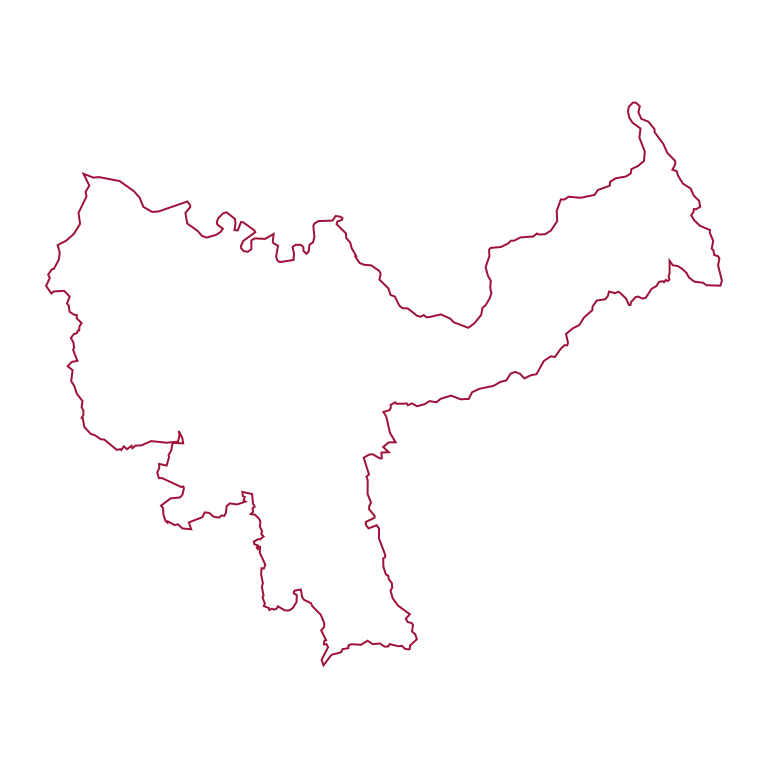 Kyaukse, Mandalay, Myanmar
{"feature_id": "60261553B75007894173024", "entity_name": "Kyaukse", "entity_type": "district", "adm_level": 2, "iso_a3": "MMR", "parent_name": "Myanmar", "parent_adm1": "Mandalay", "projection": "mercator", "projection_center": [96.313, 21.579], "detail": "fine", "context": "isolated", "style": "outline", "palette": "rose", "viewbox_px": 768, "rotation_deg": 0, "n_neighbors": 0, "source": "geoboundaries", "source_scale": "gbopen_adm2", "svg_char_len": 6073}
<svg xmlns="http://www.w3.org/2000/svg" viewBox="0 0 768 768"><path d="M323.5,665.3L331.5,654.8L341.0,652.3L342.6,649.1L348.4,648.2L348.4,645.4L351.4,644.2L361.0,644.8L367.5,640.7L372.8,644.1L380.0,643.5L384.4,646.6L388.1,646.5L389.7,644.1L398.1,646.2L402.1,645.9L404.9,648.8L408.2,649.4L409.7,649.1L410.1,645.5L416.9,639.2L415.2,634.3L412.0,631.5L413.0,625.0L411.8,623.1L407.6,622.0L405.8,618.7L409.8,614.2L398.1,605.7L392.7,598.3L390.5,590.5L392.2,587.8L391.9,583.3L388.8,579.1L388.2,575.7L385.9,574.5L383.4,566.8L383.2,558.4L385.1,557.1L385.3,555.2L378.9,538.2L379.1,528.6L376.7,525.3L368.5,528.4L365.8,524.8L365.8,521.9L374.5,517.8L374.7,516.0L369.1,509.2L369.2,506.2L371.0,502.5L367.6,494.1L367.7,480.2L366.5,476.6L369.0,474.5L363.7,457.7L368.9,454.7L372.6,454.2L380.1,458.5L381.8,458.2L381.4,452.6L388.8,452.2L383.2,447.0L388.7,442.4L395.6,442.3L389.9,432.7L386.3,416.6L383.4,412.0L389.4,410.2L390.8,407.9L390.6,404.9L395.3,402.3L396.6,403.8L406.9,403.6L407.9,405.2L412.0,403.4L417.0,406.2L424.3,404.3L429.6,401.1L436.4,402.3L440.6,398.8L451.0,395.6L460.6,399.3L468.8,398.9L472.0,392.3L479.0,388.9L493.6,385.8L500.4,381.9L506.4,380.4L510.6,373.6L515.2,371.9L520.0,373.8L524.4,378.4L530.6,375.3L536.5,374.2L543.9,360.9L550.9,356.3L554.9,357.0L560.8,348.7L564.5,345.2L567.3,345.3L568.0,342.8L566.0,334.0L572.6,328.5L579.3,325.0L584.1,317.4L592.4,310.1L592.6,306.5L596.7,300.6L605.3,299.2L607.9,295.9L609.0,291.6L615.1,293.2L618.1,291.8L619.8,292.6L626.1,298.6L628.9,305.0L630.5,305.0L631.0,302.1L635.8,297.0L638.2,296.6L642.5,298.6L645.7,297.9L651.6,288.8L656.5,286.0L659.1,281.9L662.8,281.2L664.0,282.3L665.8,279.9L667.6,281.1L669.4,279.6L668.6,275.9L669.6,273.5L669.6,260.8L672.8,265.3L677.6,266.0L682.1,268.8L686.6,273.0L688.9,277.4L694.4,281.7L702.9,282.7L706.6,285.2L720.3,285.7L721.9,280.8L718.1,265.3L719.4,258.2L717.9,256.1L714.3,255.1L713.5,250.4L711.7,248.8L713.2,240.9L709.7,232.5L710.0,230.0L700.1,225.9L694.2,220.3L691.2,215.2L693.2,212.5L693.9,209.0L696.0,209.3L700.3,206.7L699.0,200.7L693.8,195.7L690.7,188.6L682.8,183.5L678.0,175.6L676.7,171.2L672.4,169.7L675.3,164.3L675.2,161.0L667.3,152.9L663.2,143.7L654.6,132.2L654.5,129.1L648.4,121.7L641.3,118.8L638.4,112.2L639.8,106.3L636.0,102.7L632.8,102.7L628.9,106.7L628.0,111.1L629.2,117.6L632.6,122.8L640.5,128.5L639.4,137.7L644.8,151.5L644.0,160.9L638.0,166.0L631.5,169.0L630.7,173.5L625.9,176.5L615.7,178.3L610.1,181.8L609.8,185.7L597.8,190.0L594.6,194.9L580.6,197.8L568.5,196.7L564.5,199.5L560.9,199.4L556.7,210.9L557.2,221.1L550.9,230.6L545.2,234.2L538.8,234.5L537.0,233.5L533.3,236.5L520.5,237.4L514.1,240.7L511.0,240.7L507.9,243.6L501.0,247.0L490.7,247.9L489.1,249.7L489.4,256.1L485.6,267.2L487.9,275.7L490.8,280.9L490.2,287.7L491.4,293.0L489.4,298.9L485.4,305.5L482.5,307.8L481.2,314.9L474.4,323.3L468.3,327.8L453.8,322.3L450.2,318.6L440.8,314.4L429.8,317.0L426.5,317.3L423.7,315.1L420.7,316.7L417.3,315.9L407.7,308.4L402.6,308.2L399.4,305.7L394.8,296.5L390.6,295.0L388.4,288.4L379.4,279.6L380.7,273.6L379.2,270.9L371.3,265.4L364.3,264.8L359.6,263.0L355.2,256.4L356.2,256.1L351.7,248.2L350.2,242.5L346.2,237.9L345.9,233.3L336.6,224.2L337.3,221.6L342.0,219.8L342.5,218.1L340.7,216.8L335.7,216.0L332.5,220.6L318.3,221.1L314.6,223.5L313.3,225.7L314.4,236.8L313.1,242.3L309.5,244.7L308.7,251.4L306.6,253.8L303.5,251.1L303.3,247.0L300.8,244.8L295.8,244.8L292.6,246.9L294.0,253.9L293.5,260.0L279.7,262.1L277.4,260.5L276.1,256.8L278.0,245.7L273.3,243.1L272.8,241.6L273.6,234.0L265.1,238.9L254.8,238.4L252.2,239.8L251.3,240.6L251.4,249.2L247.7,251.8L243.6,251.1L241.2,248.3L241.0,245.9L243.4,240.8L255.3,232.2L254.4,230.4L243.3,222.4L241.0,222.0L237.8,230.4L234.5,230.1L235.5,223.2L234.9,218.9L226.6,212.3L223.1,213.3L218.2,218.3L216.8,222.0L217.4,224.6L222.8,228.7L220.9,231.7L216.2,234.8L206.7,237.6L202.0,235.9L197.5,230.8L187.2,223.5L185.4,212.9L190.2,207.2L190.1,205.2L187.4,201.5L158.4,211.5L152.0,211.9L143.3,206.8L139.6,197.6L133.9,191.2L119.7,181.1L99.2,177.1L93.4,177.6L83.5,173.8L89.3,185.6L85.6,191.8L86.5,196.5L78.5,212.9L80.1,223.8L73.9,233.9L66.3,240.6L57.7,245.1L59.7,252.5L58.9,259.5L53.9,268.8L51.9,269.3L48.2,274.6L49.8,278.0L46.1,285.9L51.4,293.5L53.7,291.5L64.1,290.8L69.7,296.6L67.0,303.5L68.7,305.5L69.6,311.8L74.1,314.7L76.9,315.1L76.6,318.2L81.6,323.1L79.5,326.2L79.2,330.5L77.7,330.7L76.9,333.1L73.8,334.1L70.9,338.0L73.4,342.5L74.1,347.6L73.1,349.8L77.4,360.9L71.8,361.9L67.7,366.2L72.6,370.2L71.2,381.1L74.2,385.8L76.8,393.6L82.5,401.1L81.6,407.1L83.4,410.8L83.4,415.0L81.7,417.9L82.7,418.1L84.4,427.1L90.8,434.0L94.8,435.2L100.9,439.3L104.2,439.5L116.7,449.8L120.5,449.2L121.3,450.1L123.8,446.4L127.0,449.2L131.5,445.8L132.4,448.2L135.5,445.6L141.3,445.4L151.1,441.1L166.5,442.7L178.0,441.7L179.5,435.3L178.7,431.0L182.3,437.9L183.2,443.4L173.5,442.9L172.2,444.4L171.3,450.3L168.6,454.9L169.0,457.2L166.6,465.6L159.1,463.9L159.3,468.0L157.2,472.5L158.9,478.1L162.1,478.1L181.1,487.0L183.3,486.5L183.9,488.3L182.5,494.6L180.1,497.4L170.7,498.4L161.0,505.6L163.1,508.1L163.4,514.5L165.5,521.0L167.5,522.7L167.8,521.4L174.7,525.1L177.9,524.3L182.3,528.4L191.2,529.3L188.9,522.4L202.3,517.2L204.7,512.4L209.2,512.9L213.6,516.7L219.0,517.6L221.8,515.4L224.3,515.9L225.9,512.9L226.6,506.2L229.7,503.4L237.1,504.4L245.5,501.6L243.6,500.5L244.8,497.1L242.8,495.9L242.4,491.9L252.1,494.0L253.0,503.6L254.7,506.7L252.5,508.3L253.1,511.8L250.8,514.1L254.9,514.7L259.2,518.8L260.4,521.8L259.9,526.6L262.1,531.5L261.3,534.1L263.6,536.5L260.1,539.4L257.8,539.3L253.8,541.6L254.3,544.2L258.0,545.5L256.7,547.6L257.7,549.0L258.5,547.2L260.1,546.9L259.8,552.7L265.3,564.8L263.8,568.6L261.5,568.3L261.1,574.3L262.9,583.4L261.8,586.7L263.6,595.5L262.5,597.5L264.9,603.6L263.8,606.1L268.8,608.0L269.4,610.0L272.0,608.7L274.3,609.6L276.6,608.7L277.9,606.3L284.8,610.4L288.8,610.5L292.5,608.4L296.5,602.1L296.8,595.0L293.8,593.5L293.9,591.8L294.7,590.6L300.8,589.5L302.1,596.9L304.0,599.8L311.1,603.3L312.1,605.9L320.8,614.8L324.3,623.3L324.2,626.9L321.2,630.4L326.1,640.3L324.4,640.7L323.9,644.4L326.5,644.2L328.1,647.1L321.6,659.9L323.5,665.3Z" fill="none" stroke="#9f1239" stroke-width="2"/></svg>